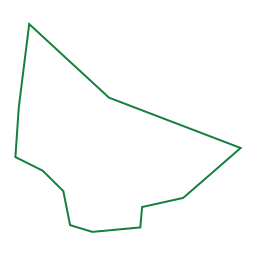 Pembroke, Equal Earth projection
{"feature_id": "MLT-5934", "entity_name": "Pembroke", "entity_type": "state/province", "adm_level": 1, "iso_a3": "MLT", "parent_name": "Malta", "parent_adm1": "", "projection": "equal_earth", "projection_center": [14.475, 35.933], "detail": "fine", "context": "isolated", "style": "outline", "palette": "green", "viewbox_px": 256, "rotation_deg": 0, "n_neighbors": 0, "source": "natural_earth", "source_scale": "10m", "svg_char_len": 272}
<svg xmlns="http://www.w3.org/2000/svg" viewBox="0 0 256 256"><path d="M29.2,24.1L109.0,97.7L240.6,148.0L183.2,197.9L142.1,207.0L140.3,227.4L92.4,231.9L70.1,225.1L63.3,191.1L42.7,170.7L15.4,157.1L18.8,107.2L29.2,24.1Z" fill="none" stroke="#15803d" stroke-width="2"/></svg>